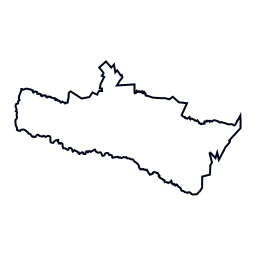 the district of Mhondoro-Ngezi, Mashonaland West, Zimbabwe
{"feature_id": "62879985B70697135902781", "entity_name": "Mhondoro-Ngezi", "entity_type": "district", "adm_level": 2, "iso_a3": "ZWE", "parent_name": "Zimbabwe", "parent_adm1": "Mashonaland West", "projection": "mercator", "projection_center": [30.094, -18.569], "detail": "fine", "context": "isolated", "style": "outline", "palette": "ink", "viewbox_px": 256, "rotation_deg": 0, "n_neighbors": 0, "source": "geoboundaries", "source_scale": "gbopen_adm2", "svg_char_len": 5730}
<svg xmlns="http://www.w3.org/2000/svg" viewBox="0 0 256 256"><path d="M106.0,61.5L99.2,67.5L103.3,72.6L103.5,73.5L101.8,75.8L104.2,76.9L100.6,84.0L99.8,88.4L102.0,88.5L102.1,91.0L99.3,90.9L97.9,92.8L97.3,94.6L92.4,92.5L89.5,97.0L81.6,98.5L70.6,91.4L69.2,92.4L68.7,93.3L68.6,98.0L67.9,100.0L67.7,102.5L66.5,102.7L65.9,103.2L65.2,103.4L65.0,102.8L63.1,102.2L62.4,101.6L61.7,102.3L61.0,102.5L60.5,102.5L59.7,100.9L59.3,100.7L58.3,100.9L57.3,99.5L56.9,99.5L56.5,100.0L55.7,100.2L55.1,99.5L55.6,99.0L55.7,98.7L55.1,98.3L51.3,97.7L51.1,97.2L50.5,96.9L50.0,96.9L49.8,96.6L48.7,96.6L48.7,96.9L47.6,96.9L47.4,97.4L47.1,97.4L46.6,96.8L46.3,96.8L46.1,96.3L45.8,96.3L45.8,95.8L45.6,95.8L45.6,95.5L42.2,95.4L42.1,96.2L41.9,96.2L41.1,95.4L40.8,95.4L40.9,94.4L40.6,94.1L40.1,94.1L39.6,93.8L37.2,93.8L37.2,92.2L37.0,91.9L36.2,91.9L35.9,91.6L34.1,91.6L33.5,92.6L33.3,92.6L33.0,92.1L33.0,91.3L32.5,91.0L32.5,90.2L32.3,90.2L30.9,89.7L30.5,89.3L30.2,89.4L28.8,89.3L27.8,88.8L26.0,88.7L25.4,88.8L24.9,89.2L24.1,89.3L23.2,89.8L22.3,89.1L21.3,89.0L21.1,91.1L19.0,96.2L18.9,98.7L19.5,99.8L19.5,100.2L18.8,100.4L18.2,101.3L18.1,103.1L17.9,103.5L17.6,103.7L16.3,103.9L15.5,105.6L15.7,107.0L16.5,109.0L16.6,110.0L15.8,111.1L16.0,111.4L17.0,112.2L17.0,112.9L16.6,114.5L17.0,117.2L16.7,118.6L15.4,120.0L15.4,121.4L15.7,125.0L17.0,128.1L16.9,129.1L17.1,130.0L17.7,130.4L19.0,130.5L19.3,130.9L19.6,130.9L20.2,130.9L21.0,129.9L22.1,129.6L23.5,129.5L24.9,130.0L27.7,132.3L28.9,133.8L30.2,134.0L31.3,135.5L32.1,136.4L32.8,136.8L33.6,136.5L34.4,137.1L35.4,136.9L37.1,134.9L37.6,134.7L38.3,134.9L39.6,135.9L42.2,136.6L42.6,136.5L43.2,135.9L43.9,135.9L45.4,136.9L47.7,136.0L49.6,136.1L50.5,137.6L50.3,139.7L50.5,140.6L50.6,142.2L51.9,142.8L53.3,142.8L54.4,141.3L55.5,140.5L58.2,139.8L58.3,140.0L57.9,141.4L58.1,142.0L59.0,142.7L58.9,143.5L60.3,143.6L60.8,143.1L61.2,143.0L62.4,143.8L62.6,144.5L62.4,145.8L62.8,146.6L63.1,147.9L63.5,148.4L65.1,148.3L66.6,149.1L67.3,149.7L67.9,149.9L68.5,149.5L68.9,148.1L70.2,147.8L71.0,148.2L71.7,149.0L72.3,150.1L72.4,150.9L72.7,151.6L73.2,151.5L73.7,150.5L74.3,150.2L75.1,150.5L75.4,150.9L77.1,151.4L77.9,152.6L78.4,152.4L78.9,152.5L79.2,154.0L79.5,154.0L81.6,152.5L82.7,152.3L83.1,152.7L83.3,153.7L83.6,153.9L85.2,154.1L85.6,153.7L85.7,152.3L86.6,151.2L86.9,151.2L87.6,152.2L88.2,152.1L89.4,150.9L89.8,151.0L90.8,151.9L93.5,150.2L94.6,150.1L94.7,149.6L95.0,149.6L95.2,149.8L95.7,151.4L97.3,152.4L98.0,152.7L100.2,152.3L100.8,152.5L101.8,154.2L102.2,155.5L102.6,155.9L103.5,155.7L104.5,155.1L105.0,153.8L105.6,153.3L106.6,153.0L108.4,153.3L108.9,154.6L109.3,155.1L109.7,155.1L110.6,154.8L111.6,155.2L112.1,156.0L112.0,156.9L112.5,157.8L114.0,157.3L114.9,157.3L116.4,156.9L117.0,157.0L117.8,156.7L118.2,156.9L118.7,157.7L119.2,157.7L119.6,157.4L120.1,157.4L121.5,158.1L123.7,156.9L125.1,157.5L126.3,157.1L127.1,158.3L127.6,158.4L128.9,158.3L131.3,159.4L132.8,159.3L133.7,160.3L134.0,161.0L134.8,161.8L135.6,162.2L137.3,163.6L138.3,164.7L138.6,165.3L138.8,166.7L140.0,169.0L140.8,169.4L141.2,169.1L141.6,169.1L142.6,169.5L142.8,169.5L143.1,169.0L143.4,169.0L144.4,169.6L145.3,169.9L145.5,169.7L146.2,170.3L147.0,169.8L147.9,171.7L148.6,172.7L148.7,173.4L149.7,174.0L149.9,174.6L150.5,174.2L150.9,174.4L152.6,173.8L152.8,172.9L153.4,172.2L153.8,172.0L155.1,172.2L156.8,173.0L157.6,173.0L158.1,173.5L158.6,174.8L159.5,175.6L159.5,175.9L158.8,176.1L158.9,176.7L159.8,177.6L161.5,178.7L162.4,178.9L162.7,179.5L163.3,180.0L164.4,180.1L164.6,181.1L164.5,181.8L164.8,182.2L165.2,182.3L165.6,182.1L166.8,182.1L168.2,183.0L168.8,182.5L170.2,182.3L170.7,181.2L171.3,180.7L171.5,181.1L171.7,183.1L172.1,183.7L173.4,184.5L173.9,183.9L174.5,184.2L175.1,184.8L175.2,185.5L175.8,185.4L176.5,184.5L176.9,184.6L178.4,186.6L180.3,187.9L180.9,188.8L181.3,190.3L181.8,190.8L183.5,191.0L184.7,192.1L185.8,192.2L187.0,192.7L187.6,192.8L188.7,192.2L189.8,192.4L191.2,193.5L191.4,194.0L192.3,194.5L197.0,194.2L198.2,192.7L199.6,191.5L202.1,187.8L202.2,176.6L209.9,174.6L210.4,165.1L212.0,162.5L209.6,153.3L210.4,152.7L215.5,158.1L217.2,152.5L218.9,159.8L224.3,149.5L225.1,147.7L229.6,142.3L229.6,141.3L230.0,141.1L230.0,140.7L229.3,141.0L229.1,140.6L240.5,128.2L240.6,120.8L240.3,115.6L238.2,119.7L237.2,120.5L237.0,121.4L235.2,124.9L234.6,125.3L233.3,125.1L232.4,124.3L230.7,124.2L229.2,124.4L226.7,123.9L225.8,123.4L223.8,122.8L223.2,122.8L221.5,122.1L220.9,122.1L220.2,122.6L219.0,122.1L218.2,121.3L217.4,121.2L215.5,120.4L213.7,120.3L212.4,120.9L212.2,121.4L211.4,121.4L210.5,120.9L210.2,120.9L210.2,121.5L209.7,121.8L209.0,121.1L208.4,120.9L207.9,120.9L207.4,121.2L207.0,120.9L206.8,121.5L206.4,121.7L205.3,121.3L204.8,121.3L204.5,121.6L204.5,122.3L204.1,122.7L204.4,123.4L204.0,123.4L203.9,123.8L203.4,123.9L201.7,123.6L201.2,124.1L200.7,124.1L200.1,123.5L199.2,123.2L199.0,122.4L197.5,120.5L197.0,121.1L196.4,120.9L195.9,120.5L195.2,120.6L195.1,120.4L194.1,119.9L193.4,119.3L191.5,118.6L190.9,118.7L190.4,119.4L189.7,118.7L189.7,117.4L189.5,117.0L188.5,117.9L187.1,118.7L186.2,118.1L185.2,118.1L185.0,117.1L184.8,116.9L183.3,116.7L181.6,115.2L187.0,103.2L179.0,102.3L172.7,96.8L169.5,99.3L164.7,98.1L160.9,98.2L152.7,97.6L146.3,95.4L146.3,95.7L145.9,95.6L145.5,94.9L145.3,93.1L144.7,93.0L144.6,93.3L144.3,93.4L144.1,93.2L144.1,92.7L143.5,92.7L143.8,92.3L143.7,92.0L144.1,92.0L144.0,91.6L143.7,91.6L143.5,91.9L142.5,91.3L141.4,91.4L141.6,92.2L141.0,91.7L140.7,92.0L140.2,91.6L139.9,91.6L140.1,92.1L139.8,92.1L139.0,91.3L138.6,91.2L138.0,91.4L137.7,92.0L137.1,91.9L136.8,92.1L136.6,91.8L136.8,91.3L136.7,91.0L136.0,91.9L135.5,92.0L136.0,92.5L136.0,92.8L134.7,93.2L134.5,92.0L134.5,84.4L116.8,85.5L119.7,80.9L122.4,77.4L121.7,75.0L120.7,75.4L117.2,70.3L115.3,72.4L114.0,64.6L111.3,67.6L106.0,61.5Z" fill="none" stroke="#020617" stroke-width="2"/></svg>